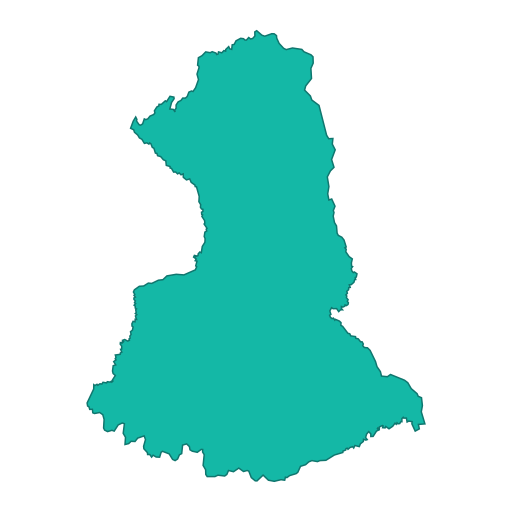 the district of Barcelos, Amazonas, Brazil
{"feature_id": "56859067B95046472624752", "entity_name": "Barcelos", "entity_type": "district", "adm_level": 2, "iso_a3": "BRA", "parent_name": "Brazil", "parent_adm1": "Amazonas", "projection": "robinson", "projection_center": [-63.596, -0.141], "detail": "fine", "context": "isolated", "style": "filled", "palette": "teal", "viewbox_px": 512, "rotation_deg": 0, "n_neighbors": 0, "source": "geoboundaries", "source_scale": "gbopen_adm2", "svg_char_len": 6054}
<svg xmlns="http://www.w3.org/2000/svg" viewBox="0 0 512 512"><path d="M136.8,314.7L135.4,316.0L136.6,319.4L135.2,319.2L135.0,321.8L133.1,321.3L131.9,323.8L132.0,326.1L133.1,327.0L132.4,330.2L130.5,331.7L131.1,334.4L129.9,336.1L130.1,338.2L129.0,339.0L129.4,340.3L127.7,341.1L124.7,339.5L122.6,340.3L123.2,341.0L122.3,341.9L123.2,342.0L121.9,343.2L120.4,342.6L120.2,344.1L121.7,346.1L121.7,349.1L120.6,349.3L121.8,352.2L120.4,352.9L120.2,354.3L115.3,355.0L116.0,357.5L115.2,358.7L116.0,359.9L113.7,361.6L115.7,364.9L113.2,365.7L112.5,371.0L113.1,373.5L115.3,375.5L112.5,379.9L112.9,381.1L111.8,382.1L111.3,381.2L110.2,382.1L107.3,381.7L106.6,382.9L103.0,382.3L101.9,384.0L99.9,383.8L97.8,385.3L97.0,384.3L94.9,385.5L93.8,384.7L93.7,389.0L87.1,403.0L87.6,406.0L89.0,406.9L89.7,409.4L92.4,409.3L92.8,412.8L94.5,413.5L99.7,412.5L102.8,414.7L104.1,419.4L103.6,428.0L104.6,430.1L107.6,431.6L111.9,430.3L114.2,431.1L118.2,424.9L122.3,423.0L124.4,423.7L123.2,433.3L125.5,437.3L125.0,444.5L128.7,443.6L131.1,441.3L135.0,441.5L137.7,438.1L144.1,435.9L145.5,439.5L143.6,446.3L143.9,448.8L147.4,452.6L147.6,454.5L149.8,454.5L151.6,457.1L153.1,455.2L156.1,457.0L159.6,457.2L161.1,452.3L162.5,451.3L169.2,453.9L172.6,459.4L175.1,460.6L177.6,459.0L179.4,454.8L181.7,453.6L182.6,445.1L186.6,443.9L189.4,446.6L190.0,449.8L192.3,451.2L197.3,452.3L201.2,449.4L202.7,449.5L202.6,452.0L204.2,454.7L203.1,465.4L205.6,469.7L205.8,474.5L207.2,476.6L214.9,476.6L217.9,475.2L224.7,476.0L226.8,474.5L228.5,470.5L233.5,471.7L238.8,468.1L243.5,471.5L247.1,470.5L248.8,471.1L251.3,477.6L255.2,480.8L257.0,480.9L263.1,475.1L268.4,480.2L274.3,481.3L281.0,479.7L284.7,480.2L285.4,477.2L286.9,477.6L289.6,475.6L296.2,473.6L297.8,472.3L300.5,466.3L305.6,464.7L308.7,461.9L311.9,460.6L317.5,461.6L319.9,460.6L325.9,460.3L334.4,455.0L342.8,452.5L343.0,451.1L345.7,450.0L346.0,448.6L347.2,448.2L348.0,449.3L350.0,447.5L352.6,446.7L353.7,448.0L354.9,445.5L359.3,446.6L360.4,443.8L363.3,441.5L363.5,439.3L365.8,440.1L367.2,439.6L365.6,437.5L366.6,434.1L368.7,431.6L370.8,433.9L370.8,436.5L373.1,436.4L376.5,431.1L378.8,430.0L377.4,428.7L377.9,427.9L379.3,429.0L379.4,426.9L382.5,425.5L383.1,425.9L382.6,427.7L385.1,427.9L385.8,426.5L389.0,428.8L392.7,426.3L395.0,423.2L396.2,424.3L397.0,422.8L397.8,423.8L399.7,423.6L400.9,421.6L401.9,421.7L401.9,418.6L403.2,417.3L403.7,418.1L406.4,418.1L407.1,422.0L408.8,421.1L412.1,421.6L411.9,423.9L415.2,431.1L419.3,428.9L418.4,424.4L424.9,423.9L421.3,411.8L422.4,405.6L421.5,397.7L418.2,396.3L417.1,393.7L411.2,388.6L407.8,382.7L404.5,380.2L390.5,374.5L387.4,376.7L381.5,376.1L380.4,371.6L377.0,366.7L375.5,361.5L370.1,350.4L367.5,347.8L364.3,347.5L362.7,345.6L363.3,344.0L362.1,341.8L360.6,341.8L358.2,338.8L355.8,338.3L355.5,336.6L350.8,335.9L349.7,333.7L347.9,333.3L342.6,326.3L340.9,325.4L341.0,322.6L339.3,321.0L335.3,319.3L334.8,320.1L333.4,318.1L332.1,318.6L330.4,317.3L329.6,315.2L330.9,314.4L329.8,310.9L331.6,307.7L333.1,308.7L336.6,308.6L338.7,311.6L340.5,309.8L342.5,309.8L341.4,308.5L341.4,306.5L342.8,307.1L344.8,306.2L345.1,305.0L346.4,305.6L348.0,304.5L348.4,302.8L347.3,301.3L348.1,299.7L346.4,297.7L346.8,296.0L345.9,294.9L347.4,293.2L346.7,291.4L348.6,289.7L348.7,287.7L350.2,287.4L349.3,284.8L351.3,284.6L353.9,282.3L354.7,279.6L355.7,279.5L355.2,277.7L356.3,277.0L357.0,273.8L354.4,272.0L353.3,272.6L351.8,270.8L351.3,268.4L352.6,266.6L351.6,266.2L351.4,262.9L352.3,258.9L349.1,256.6L345.8,251.8L346.2,249.2L344.9,247.8L346.2,247.0L344.0,240.0L341.8,237.2L338.3,235.4L337.1,233.1L336.5,225.9L334.5,222.6L333.2,216.1L334.0,212.5L333.3,210.6L335.0,206.2L331.7,199.0L328.9,200.0L327.7,193.8L328.9,186.6L327.3,176.9L330.4,170.9L334.0,167.3L331.6,159.5L335.2,149.8L332.3,144.1L332.9,138.5L328.7,138.7L326.6,135.2L319.0,105.4L311.8,100.0L310.4,96.0L304.6,90.1L305.7,85.9L311.5,78.5L310.9,68.4L313.2,63.1L313.0,56.8L311.0,54.8L304.0,51.8L301.8,49.4L292.5,48.0L286.2,49.6L283.6,48.3L279.1,43.4L276.7,38.1L276.5,35.6L274.2,33.8L271.8,33.7L264.8,36.2L261.9,35.2L256.7,30.7L254.8,31.9L254.9,36.0L252.6,38.5L250.6,39.0L248.7,37.5L246.5,40.0L245.1,40.1L243.5,38.7L240.7,38.3L236.0,40.8L234.2,44.4L232.2,44.8L231.7,49.4L229.7,48.8L228.7,46.6L225.7,49.5L225.6,51.1L223.9,50.6L221.8,52.8L218.5,51.9L218.0,54.1L216.7,54.5L216.0,53.1L212.2,51.7L210.2,52.7L205.7,51.9L202.0,55.7L198.4,57.7L197.6,65.2L198.9,66.2L199.0,67.7L197.0,74.1L198.5,79.6L195.6,87.7L193.0,91.5L191.5,91.0L188.9,92.1L187.2,96.5L185.4,98.1L182.7,98.1L181.0,100.4L178.1,101.9L176.1,105.0L176.1,108.3L174.7,110.0L175.1,112.0L173.3,109.4L169.8,109.0L171.6,102.4L174.1,98.7L173.9,97.1L170.0,96.3L166.6,101.6L165.3,100.8L161.3,104.4L159.0,104.3L158.8,106.0L156.9,106.9L154.4,110.8L154.9,112.9L153.7,114.5L150.0,116.1L147.8,118.9L145.8,119.6L144.3,118.9L142.6,123.9L140.5,125.2L139.1,124.7L136.5,121.0L136.9,119.4L135.7,117.0L133.2,121.2L130.6,128.3L133.7,129.8L134.5,132.3L137.7,135.0L139.4,137.9L141.9,139.3L144.4,143.4L146.8,142.8L148.9,144.1L149.6,142.9L150.9,143.8L152.3,147.4L153.9,148.2L155.4,153.1L156.9,153.4L157.6,155.7L160.7,156.6L163.4,159.8L165.8,160.8L166.3,165.4L170.1,166.5L170.1,168.0L171.5,168.4L173.6,172.1L175.7,172.0L177.6,173.9L179.2,172.9L181.0,174.8L183.2,173.9L183.3,177.3L186.5,179.9L189.7,178.9L191.2,182.4L194.9,185.0L195.2,186.6L196.5,186.8L199.2,196.4L198.9,201.7L200.7,204.7L200.4,207.2L201.5,209.0L202.9,209.3L202.9,211.5L201.5,212.2L201.7,214.4L202.6,214.9L201.9,216.4L204.6,220.6L204.8,223.3L204.1,224.0L207.0,228.3L206.2,229.2L206.7,231.0L204.9,232.1L204.2,236.5L205.1,238.6L204.9,242.3L202.3,246.4L201.3,252.7L199.8,252.0L198.2,253.8L198.0,255.6L195.7,256.6L196.1,255.8L194.4,255.4L193.6,257.1L196.2,259.0L195.2,260.7L197.0,261.2L195.7,265.9L196.7,266.8L195.3,269.9L183.9,274.9L176.2,274.3L166.9,275.9L162.9,279.7L158.4,280.2L151.8,283.4L148.3,283.1L143.7,286.0L139.3,286.3L134.4,289.8L133.4,292.0L134.8,294.4L134.0,295.4L135.4,297.1L133.9,298.0L134.0,299.5L135.4,300.9L134.5,302.7L135.6,303.6L134.1,305.2L135.3,306.2L135.2,308.0L136.5,308.9L135.7,309.7L136.2,312.6L135.3,313.5L136.8,314.7Z" fill="#14b8a6" stroke="#0f766e" stroke-width="1.5"/></svg>